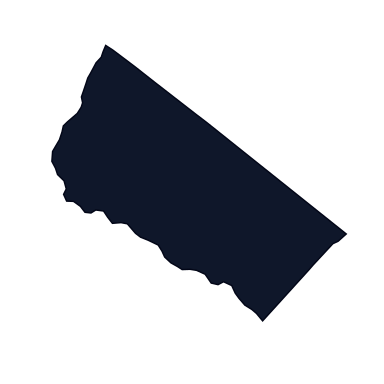 Nova Olímpia, Paraná, Brazil (Natural Earth projection), rotated 123°
{"feature_id": "56859067B47748019346141", "entity_name": "Nova Olímpia", "entity_type": "district", "adm_level": 2, "iso_a3": "BRA", "parent_name": "Brazil", "parent_adm1": "Paraná", "projection": "natural_earth1", "projection_center": [-53.054, -23.423], "detail": "fine", "context": "isolated", "style": "filled", "palette": "ink", "viewbox_px": 384, "rotation_deg": 123, "n_neighbors": 0, "source": "geoboundaries", "source_scale": "gbopen_adm2", "svg_char_len": 976}
<svg xmlns="http://www.w3.org/2000/svg" viewBox="0 0 384 384"><g transform="rotate(123 192 192)"><path d="M261.6,62.6L193.8,51.6L187.3,50.7L158.6,45.7L153.6,42.6L143.2,39.8L125.7,217.8L124.7,231.0L120.3,283.2L118.0,308.4L116.1,335.5L116.1,344.2L122.6,343.0L128.4,341.5L135.8,342.8L147.3,341.8L153.1,341.5L158.6,340.0L166.8,337.9L172.5,336.5L176.8,332.3L181.3,331.1L188.6,331.0L200.9,334.6L206.6,335.9L212.4,333.7L220.4,331.6L227.6,331.3L233.9,331.0L242.6,326.2L246.4,319.4L250.6,314.2L252.3,305.4L257.9,299.1L263.9,298.4L267.9,292.2L264.4,286.3L264.8,277.8L267.3,270.7L264.6,265.3L259.5,262.9L256.1,255.8L259.1,248.9L261.6,241.7L256.3,234.8L253.9,228.9L257.4,216.9L257.9,210.6L256.3,202.5L254.9,191.5L257.9,185.0L261.4,179.5L262.9,171.1L262.4,163.6L262.4,158.0L257.9,151.6L255.2,145.5L253.8,136.2L257.9,126.3L255.5,119.7L250.1,116.7L248.8,107.7L253.3,100.6L255.6,94.6L258.1,86.0L257.9,77.9L258.7,71.9L261.6,62.6Z" fill="#0f172a" stroke="#020617" stroke-width="1.5"/></g></svg>